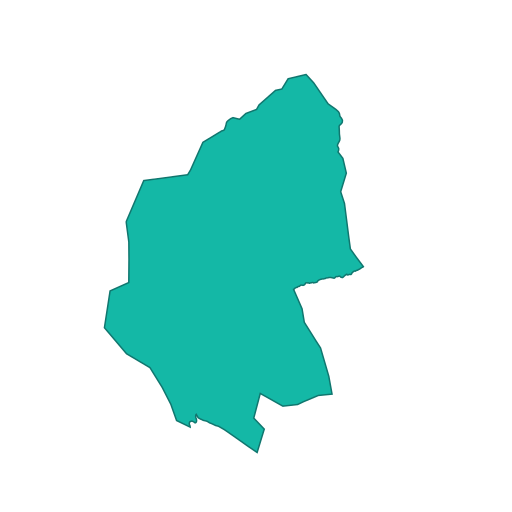 Zag, Bayanhongor, Mongolia (Albers equal-area conic projection), rotated 30°
{"feature_id": "93677404B97926170794637", "entity_name": "Zag", "entity_type": "district", "adm_level": 2, "iso_a3": "MNG", "parent_name": "Mongolia", "parent_adm1": "Bayanhongor", "projection": "albers", "projection_center": [99.297, 46.924], "detail": "fine", "context": "isolated", "style": "filled", "palette": "teal", "viewbox_px": 512, "rotation_deg": 30, "n_neighbors": 0, "source": "geoboundaries", "source_scale": "gbopen_adm2", "svg_char_len": 3300}
<svg xmlns="http://www.w3.org/2000/svg" viewBox="0 0 512 512"><g transform="rotate(30 256 256)"><path d="M325.1,423.0L344.6,424.8L355.2,425.6L349.7,401.8L335.1,397.5L328.4,372.9L354.3,372.6L366.3,363.8L370.0,358.4L379.7,345.6L390.9,337.6L379.2,323.8L357.9,303.4L349.9,299.3L340.9,294.5L331.0,289.3L322.3,278.7L305.2,266.1L305.7,265.3L305.7,264.6L305.8,264.4L306.1,264.0L306.3,263.6L306.7,263.0L307.3,262.6L307.5,261.9L307.7,261.5L307.9,261.2L308.3,261.0L308.7,260.6L308.9,260.2L309.1,259.3L309.4,258.8L309.9,258.5L310.6,258.2L311.4,257.9L312.0,257.3L312.2,256.9L312.4,256.5L312.5,256.0L312.5,255.3L312.6,254.5L312.9,254.1L313.4,253.8L314.0,253.6L314.3,253.4L314.7,253.1L315.1,253.0L315.7,253.0L316.0,252.8L316.3,252.5L316.6,252.1L317.0,251.6L317.6,251.4L317.9,250.9L318.3,250.6L318.8,250.4L319.4,250.5L319.8,250.1L320.3,249.6L320.9,249.2L321.7,248.3L322.1,247.6L322.0,247.1L322.0,246.5L322.1,246.1L322.8,245.0L323.2,244.4L324.0,243.6L324.9,242.7L325.9,242.1L326.6,241.4L327.3,240.8L327.8,239.9L328.3,239.5L329.2,239.0L329.7,238.3L331.1,237.4L332.4,236.9L333.0,236.7L333.8,236.5L334.6,236.2L335.1,235.8L335.2,235.2L335.4,234.4L335.6,233.9L335.9,233.6L336.4,233.4L336.8,233.2L337.0,233.0L337.4,232.6L337.8,232.1L338.3,231.7L338.6,231.6L339.0,231.6L339.6,231.8L340.1,231.9L340.6,231.8L341.2,231.6L341.7,231.4L341.9,231.0L342.1,230.6L342.3,229.8L342.5,229.1L342.7,228.6L342.9,227.9L343.2,227.5L343.4,226.8L343.6,226.5L343.8,226.4L344.3,226.7L344.6,226.7L345.0,226.5L345.4,226.1L345.7,225.7L346.1,225.2L346.4,225.0L346.8,224.9L347.1,224.8L347.5,224.5L347.6,224.1L347.7,223.7L347.7,223.2L347.6,222.3L347.9,221.6L348.2,220.9L348.4,220.3L348.7,220.0L348.9,219.7L349.4,219.4L349.8,219.3L349.9,218.8L350.3,218.2L350.7,217.8L351.2,217.4L351.4,216.7L351.8,216.2L352.1,215.8L352.4,215.3L352.6,214.9L352.8,214.4L353.2,213.6L353.4,213.0L353.7,212.7L354.0,212.4L354.2,211.9L354.3,211.6L354.0,211.5L354.0,211.4L343.2,206.8L334.2,202.7L326.0,192.1L306.4,166.3L297.2,158.0L292.8,139.1L282.4,128.0L275.0,124.9L274.8,123.5L274.4,122.5L274.1,121.8L272.9,120.8L271.7,120.2L271.2,119.4L270.9,118.3L270.8,116.5L270.8,115.2L270.6,113.7L269.9,112.2L267.2,108.6L265.3,105.5L263.2,102.3L263.0,101.5L263.3,100.2L263.7,99.1L263.9,97.7L263.8,96.9L263.0,95.2L261.2,94.0L258.9,93.1L256.9,90.8L255.2,89.8L251.9,89.1L242.4,88.2L219.4,77.2L208.6,73.8L195.2,86.4L194.9,98.5L190.1,102.8L183.1,123.6L183.2,128.8L176.0,137.6L173.4,145.8L166.9,147.7L165.5,149.6L164.9,150.9L164.3,152.3L163.9,153.5L163.7,154.7L163.9,155.8L164.3,156.8L164.9,159.1L165.3,161.5L165.4,162.7L165.1,163.4L164.3,164.3L163.5,165.1L163.2,166.0L162.4,167.3L153.2,184.1L156.3,214.2L156.2,219.8L121.1,246.8L126.4,290.9L127.0,292.0L138.9,307.5L147.9,322.8L159.1,342.6L147.1,359.2L160.6,393.9L192.8,405.4L220.0,405.7L240.5,416.7L256.4,427.0L269.5,438.2L284.5,437.1L284.0,436.4L283.3,435.7L282.8,435.4L282.0,434.6L281.7,433.6L281.6,432.6L282.4,431.5L283.2,431.0L284.2,430.8L285.4,430.8L286.3,431.0L286.8,430.9L287.2,430.3L287.3,429.5L287.1,428.8L286.6,427.8L285.7,426.9L284.5,425.9L283.7,424.7L283.3,423.5L283.4,423.0L286.8,425.0L289.4,425.0L290.5,424.8L292.5,424.7L294.7,424.0L295.8,423.7L296.8,423.6L299.3,423.7L300.9,423.4L302.8,423.2L305.8,423.0L307.8,422.4L308.9,422.2L311.2,422.2L315.3,422.2L325.1,423.0Z" fill="#14b8a6" stroke="#0f766e" stroke-width="1.5"/></g></svg>